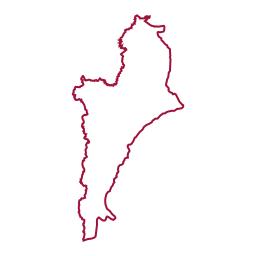 San Pedro De Uraba, Antioquia, Colombia (Mercator projection)
{"feature_id": "7082276B58704209579915", "entity_name": "San Pedro De Uraba", "entity_type": "district", "adm_level": 2, "iso_a3": "COL", "parent_name": "Colombia", "parent_adm1": "Antioquia", "projection": "mercator", "projection_center": [-76.341, 8.35], "detail": "fine", "context": "isolated", "style": "outline", "palette": "rose", "viewbox_px": 256, "rotation_deg": 0, "n_neighbors": 0, "source": "geoboundaries", "source_scale": "gbopen_adm2", "svg_char_len": 5639}
<svg xmlns="http://www.w3.org/2000/svg" viewBox="0 0 256 256"><path d="M149.7,16.4L148.2,17.1L147.4,16.1L147.1,16.1L146.2,17.7L145.3,16.8L144.8,17.6L145.0,18.4L139.9,18.4L139.8,17.5L137.0,15.4L135.7,16.1L135.8,16.4L134.9,17.4L135.0,18.3L135.4,18.6L135.1,18.9L135.4,18.9L135.4,20.4L134.9,21.1L135.1,21.3L134.7,21.8L134.9,22.0L134.7,22.2L134.7,22.8L134.6,22.7L134.0,23.6L133.7,23.5L133.7,24.0L133.3,24.7L132.1,24.6L132.3,25.1L131.8,25.6L131.5,28.0L130.8,27.7L130.4,28.2L129.0,28.6L128.9,29.3L126.8,29.3L126.0,29.7L126.1,30.0L125.1,30.3L125.4,32.0L124.6,32.6L123.4,34.1L123.4,34.8L121.9,37.3L121.0,37.7L120.5,38.3L120.3,39.1L120.6,39.4L120.1,39.5L121.0,40.6L119.8,40.6L120.2,40.9L120.1,41.5L120.9,41.9L120.3,42.2L120.5,42.7L119.9,42.9L120.6,43.1L120.6,43.6L120.0,43.9L119.8,44.4L120.1,44.7L119.7,45.2L120.0,45.4L119.6,46.4L120.4,46.4L120.6,46.0L121.0,45.9L121.0,46.8L121.7,46.2L121.2,47.7L121.8,47.5L122.0,47.9L122.4,47.6L123.4,48.5L124.9,48.2L124.8,48.9L125.7,49.0L125.4,49.6L126.1,50.0L121.0,54.1L121.7,55.2L122.1,55.3L123.1,56.3L122.3,58.4L122.6,59.5L122.1,60.3L122.0,61.3L122.7,62.6L123.0,64.3L124.0,65.0L123.9,66.1L123.2,67.8L122.8,67.8L122.5,67.2L121.8,67.2L121.4,68.7L120.9,69.1L121.5,70.0L121.6,70.8L120.3,71.7L120.1,73.1L119.4,73.2L119.1,74.0L118.6,74.1L118.4,74.8L118.8,75.3L118.9,75.8L118.4,75.9L118.4,76.3L117.3,76.8L117.5,78.4L117.3,79.1L116.8,79.3L117.4,80.1L116.3,81.3L116.6,81.5L116.6,82.7L116.2,83.3L116.5,83.6L115.9,84.4L114.9,84.0L114.8,84.6L114.0,84.9L113.7,84.7L113.5,85.2L113.3,84.9L113.2,85.2L112.2,85.6L111.3,85.4L111.1,85.0L110.4,85.4L109.7,85.1L109.5,85.3L109.1,85.0L107.6,85.1L107.5,84.2L106.9,84.3L106.9,84.0L106.2,83.9L105.9,83.3L105.5,83.3L105.4,82.7L105.0,82.6L105.3,82.4L104.8,81.7L105.3,81.5L105.0,80.9L104.8,81.3L104.7,80.8L103.6,80.8L103.6,80.1L103.2,79.9L101.7,79.8L101.4,79.6L101.2,79.8L100.0,78.5L99.6,79.2L98.8,79.6L98.2,80.8L97.7,81.0L97.2,80.9L96.1,80.0L95.7,80.4L94.9,80.4L94.6,80.8L94.3,80.5L92.8,80.8L91.8,80.5L90.9,80.6L90.2,79.9L88.7,79.7L87.6,80.2L86.5,80.1L86.1,80.4L85.5,80.4L84.6,79.6L84.8,79.5L84.4,78.2L83.7,77.0L83.0,76.0L82.6,76.1L82.0,77.7L81.4,78.1L81.2,79.1L81.4,79.7L82.0,80.0L82.6,80.8L82.0,82.2L82.4,82.5L82.7,82.4L83.4,84.6L82.3,85.7L80.3,86.4L79.9,87.2L75.6,86.9L75.0,87.8L74.9,89.4L74.2,89.5L73.6,90.6L73.5,91.3L73.8,92.2L72.8,93.9L73.2,94.7L73.8,94.5L74.4,95.2L75.2,95.1L75.1,96.2L74.3,96.4L74.1,97.2L74.6,98.1L75.3,98.5L75.1,99.3L75.6,99.9L77.9,99.9L79.1,99.0L79.8,99.3L80.6,100.3L81.4,99.8L81.6,100.6L81.3,101.6L82.8,102.2L83.0,103.0L84.2,104.7L85.1,107.8L85.2,109.4L86.5,110.1L87.0,112.9L87.5,113.7L87.4,114.4L86.6,114.5L85.8,115.1L84.6,114.8L83.2,115.7L82.5,116.4L82.3,117.6L82.7,119.2L83.5,120.5L83.8,122.4L83.3,123.4L82.4,123.9L82.5,124.7L82.1,125.4L82.1,126.7L83.3,126.8L83.0,128.0L83.8,128.5L84.0,129.7L83.9,130.8L83.4,131.0L83.3,131.3L84.3,132.2L84.0,133.1L85.1,134.0L86.0,134.2L85.7,134.6L85.7,136.6L84.8,136.8L84.3,138.1L85.2,138.8L87.6,139.4L88.5,140.6L88.1,141.0L88.5,141.8L89.0,141.9L88.7,142.8L87.2,142.8L86.0,144.8L86.8,147.6L85.5,149.8L86.0,153.0L85.4,154.1L86.9,156.8L85.5,157.9L84.3,158.3L84.1,160.6L82.9,160.7L82.4,163.9L82.6,165.8L83.3,167.7L84.0,168.3L84.3,169.8L84.2,171.5L83.3,171.5L83.1,172.7L82.9,172.8L82.8,174.4L82.2,174.9L81.8,177.9L81.3,179.0L80.8,179.2L81.2,179.7L81.0,180.4L80.7,180.5L80.2,181.8L80.6,182.0L80.8,182.6L81.4,182.0L82.3,184.2L83.7,185.9L85.3,185.5L86.3,185.9L86.2,187.3L86.7,188.5L86.3,189.8L85.7,190.2L86.2,191.0L85.8,192.5L85.8,193.5L84.6,195.3L85.1,197.7L82.9,198.5L81.6,198.3L81.3,198.6L81.0,199.7L79.5,200.3L79.1,201.7L78.9,203.8L79.4,204.9L78.9,205.8L78.8,208.6L79.4,211.2L78.6,212.0L79.5,213.7L79.7,215.3L80.2,215.7L80.3,216.9L81.8,217.6L81.9,218.7L82.4,219.4L83.9,219.6L84.3,219.9L84.2,222.5L83.4,223.5L83.8,223.9L83.2,225.0L83.7,225.6L84.0,226.9L84.5,227.2L84.3,229.1L83.2,231.7L83.5,232.1L84.2,232.1L84.1,232.8L84.6,233.8L83.8,238.0L83.1,239.2L83.5,240.6L87.7,239.1L91.6,238.6L94.5,237.5L95.6,236.4L97.0,224.8L96.9,220.5L97.3,218.9L98.6,217.5L99.1,217.5L101.6,219.7L103.5,220.6L104.9,220.5L105.5,219.9L106.2,218.3L106.2,217.5L107.1,216.5L108.4,217.0L111.0,218.9L113.4,219.9L115.3,218.2L115.3,217.4L114.7,216.3L112.2,214.2L109.8,211.0L107.0,208.8L105.5,204.5L105.2,201.6L105.3,198.7L106.4,194.1L107.9,192.0L109.9,191.1L110.2,189.8L111.5,186.8L112.5,185.8L113.6,183.1L114.4,182.4L114.0,181.6L114.0,179.2L116.7,176.9L116.3,175.9L116.6,175.0L117.3,172.8L118.1,172.4L118.4,171.6L118.0,169.4L118.5,166.6L120.0,165.1L121.5,164.8L123.0,163.7L123.3,163.2L123.2,161.9L124.4,160.3L124.5,159.2L125.3,158.3L126.1,157.9L127.9,157.6L127.7,155.9L128.0,153.4L129.5,151.1L129.2,149.8L127.7,147.0L127.8,145.5L128.7,144.7L130.3,144.6L131.7,143.7L133.6,140.6L134.7,137.7L135.7,137.4L139.5,132.2L142.4,129.7L143.4,128.1L143.7,127.2L146.7,124.8L148.6,124.2L151.8,122.2L152.6,120.6L154.6,119.3L155.1,118.7L157.6,118.6L160.6,115.2L161.7,114.6L162.7,113.6L165.5,113.2L166.3,112.2L168.8,111.4L171.8,110.8L174.4,110.8L177.0,109.0L181.7,108.3L183.2,106.8L183.1,105.1L182.3,104.8L179.5,101.7L175.8,94.4L174.5,93.7L172.9,94.3L172.0,92.8L170.7,92.5L169.0,91.4L168.4,90.1L168.8,89.3L168.6,88.1L166.0,85.2L166.4,82.5L166.8,81.6L166.8,80.3L168.3,76.9L168.8,72.5L169.9,71.0L170.0,70.1L170.5,59.2L170.0,57.5L170.3,55.7L169.9,49.1L167.6,47.1L167.2,45.4L165.7,44.6L163.9,42.8L163.2,41.6L161.7,40.5L161.4,39.7L161.3,38.3L159.1,36.9L158.1,35.5L157.6,33.8L157.6,32.5L157.9,32.1L158.4,32.0L160.0,32.3L162.2,31.9L163.6,31.4L164.2,30.2L164.4,26.8L164.1,26.1L163.5,25.8L159.6,26.5L157.5,26.7L156.1,26.3L154.5,26.7L153.6,26.1L151.7,25.8L150.2,25.0L144.9,21.1L146.6,19.9L147.3,18.5L149.1,18.0L149.7,17.2L149.7,16.4Z" fill="none" stroke="#9f1239" stroke-width="2"/></svg>